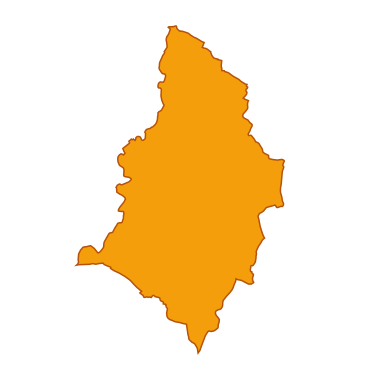 outline of Chaiyo, Ang Thong, Thailand, rotated 27°
{"feature_id": "78962969B91278990376837", "entity_name": "Chaiyo", "entity_type": "district", "adm_level": 2, "iso_a3": "THA", "parent_name": "Thailand", "parent_adm1": "Ang Thong", "projection": "natural_earth1", "projection_center": [100.458, 14.673], "detail": "fine", "context": "isolated", "style": "filled", "palette": "amber", "viewbox_px": 384, "rotation_deg": 27, "n_neighbors": 0, "source": "geoboundaries", "source_scale": "gbopen_adm2", "svg_char_len": 6063}
<svg xmlns="http://www.w3.org/2000/svg" viewBox="0 0 384 384"><g transform="rotate(27 192 192)"><path d="M277.6,200.2L275.2,198.5L271.3,194.8L268.2,191.5L263.6,185.6L262.0,184.0L261.8,183.2L261.8,181.1L262.0,180.3L263.3,178.5L264.4,176.4L265.2,172.4L265.8,171.6L271.8,166.1L272.5,166.1L274.4,167.3L275.2,167.1L277.6,164.6L279.2,163.7L279.4,162.4L279.1,161.4L278.9,160.9L276.4,158.7L274.2,155.6L271.3,152.5L270.3,151.0L268.9,147.9L267.9,144.5L263.3,133.1L263.0,131.8L262.5,128.2L262.2,127.8L261.1,127.3L260.6,126.5L260.3,124.6L260.3,123.0L260.0,122.3L259.4,122.0L257.6,122.1L256.9,122.4L253.6,124.8L249.8,126.2L246.7,127.1L245.7,127.1L244.8,126.6L244.3,126.0L243.8,124.9L243.6,124.7L243.2,124.6L239.1,124.7L237.1,124.2L236.5,123.7L236.2,123.0L234.8,121.6L229.7,118.5L228.6,118.2L226.0,118.3L223.0,116.4L219.1,114.7L218.3,114.9L217.0,115.9L216.4,115.7L215.8,114.9L215.7,114.5L215.9,111.7L215.5,108.6L215.6,106.2L215.4,105.4L215.0,104.7L214.2,104.3L212.2,104.0L209.2,102.5L205.4,102.5L204.2,102.3L203.3,101.9L202.4,100.6L202.2,99.2L203.1,95.9L203.6,92.9L203.5,91.8L201.5,88.4L200.8,86.0L200.9,85.0L197.0,85.3L195.0,85.1L196.1,81.3L196.2,80.3L196.1,79.4L195.6,78.1L194.4,77.6L193.8,76.7L193.6,75.9L193.7,75.5L194.2,74.9L194.1,73.6L194.0,73.3L193.7,73.2L192.7,73.2L192.3,72.9L192.2,71.2L190.8,71.6L189.0,71.5L185.5,71.2L182.4,70.4L176.3,70.2L170.1,69.2L166.5,69.8L165.8,69.3L163.3,70.3L162.4,68.2L161.4,67.4L160.6,65.9L158.8,61.4L154.9,62.3L154.9,61.9L151.0,62.7L150.2,62.6L147.7,61.3L145.4,59.3L145.0,58.5L143.8,58.4L141.0,57.8L139.7,57.8L138.6,57.9L137.6,58.3L135.5,58.5L135.0,53.3L132.1,53.5L126.3,53.0L123.5,53.2L119.9,52.9L117.1,52.3L115.9,52.3L110.6,53.1L109.8,53.6L108.9,53.6L108.6,54.1L108.0,54.2L105.6,53.7L103.8,52.8L103.4,51.8L102.9,51.4L102.6,51.3L102.0,51.5L100.7,52.8L100.1,53.1L100.1,53.4L96.5,55.2L96.2,55.5L96.0,56.0L98.8,56.8L99.4,61.4L99.3,63.9L99.0,65.0L99.3,65.6L99.4,66.9L100.2,68.6L102.2,71.2L103.6,73.4L104.1,74.5L103.5,79.5L104.2,79.8L104.4,81.3L104.1,82.7L104.0,83.8L104.4,91.2L104.6,92.0L105.5,94.0L106.3,96.3L107.1,97.4L110.9,99.6L112.5,99.9L113.7,99.3L114.5,99.4L115.4,100.0L116.0,101.0L116.8,105.3L116.8,106.5L116.5,107.1L116.2,107.4L113.9,108.3L113.2,109.1L113.0,110.1L113.0,111.3L113.6,113.1L114.1,114.0L114.8,114.3L115.1,114.4L116.3,113.9L117.1,113.9L118.1,114.5L120.8,120.6L123.6,124.1L126.5,126.6L127.5,127.2L127.8,127.7L127.7,129.9L127.7,132.5L127.3,133.7L126.0,135.7L125.7,136.8L126.9,139.3L127.1,140.6L127.6,141.3L128.5,143.9L128.8,145.8L128.8,147.7L128.6,148.6L128.1,150.0L127.6,151.6L126.3,153.0L126.0,154.3L124.9,155.1L123.0,157.0L122.7,159.3L122.8,160.1L124.0,160.9L124.4,161.9L125.1,163.2L125.4,164.2L126.0,165.3L126.0,166.0L125.1,168.0L124.8,168.3L123.9,168.5L123.1,168.2L121.9,167.1L120.8,166.5L120.0,166.5L118.3,167.2L117.7,168.1L117.4,169.1L117.9,170.6L117.8,172.0L115.7,171.4L115.0,172.6L113.9,172.4L113.6,173.6L112.8,174.9L112.8,175.4L112.9,175.7L114.1,176.5L114.1,176.9L110.6,184.6L112.7,186.5L114.6,187.7L114.7,187.9L114.2,190.0L113.3,189.9L112.9,190.2L112.2,190.0L111.4,190.2L111.2,190.8L110.7,191.4L110.4,192.3L110.2,194.3L110.3,194.9L111.2,196.9L112.4,198.7L114.8,200.8L115.8,201.2L119.6,201.6L120.7,202.4L121.6,203.6L123.5,208.0L124.0,208.6L124.3,208.7L125.3,208.7L126.9,208.3L128.4,207.7L129.1,207.6L131.1,207.6L131.7,207.9L132.1,208.2L132.1,209.0L131.2,211.6L127.2,216.3L126.0,217.6L125.1,217.8L124.1,217.6L123.1,218.6L122.4,219.9L122.2,222.4L122.7,222.6L123.3,223.2L125.0,226.2L128.4,226.7L130.7,226.6L132.7,226.9L134.8,227.5L136.0,228.6L135.8,229.5L136.0,230.8L135.9,231.9L134.6,238.3L134.5,240.7L134.7,241.9L135.1,242.3L136.1,242.1L138.4,241.2L139.4,240.6L139.7,240.6L140.5,241.2L140.8,241.6L141.5,243.2L141.7,244.5L142.3,245.4L142.8,246.6L143.2,249.0L143.4,250.7L143.2,251.3L142.9,251.6L141.3,252.3L140.0,253.8L140.0,255.6L139.6,259.3L139.6,263.7L139.1,264.5L137.4,265.8L137.0,266.5L136.9,267.1L136.5,276.1L136.9,278.0L138.0,280.6L138.3,281.6L137.8,284.7L137.1,287.4L136.3,288.7L135.5,288.9L130.7,286.7L129.3,286.4L126.1,285.9L125.7,286.1L122.6,288.8L120.9,289.9L120.0,290.7L119.1,294.3L119.1,298.6L121.2,303.8L122.6,305.9L122.8,306.4L122.9,307.9L122.3,309.6L124.1,308.2L133.6,302.9L135.6,301.2L136.7,300.7L139.1,300.0L141.6,298.0L145.0,295.8L146.7,296.5L148.8,296.4L153.7,295.9L153.9,296.1L154.1,297.1L158.1,297.5L164.5,297.3L170.8,297.7L175.8,298.5L177.9,299.0L182.2,300.7L186.8,302.2L187.7,302.3L190.2,303.0L192.2,303.3L191.4,305.6L193.8,306.2L195.1,306.2L196.7,307.5L197.2,307.6L197.7,307.4L199.0,306.2L200.7,305.7L202.0,304.8L203.5,304.6L203.7,304.2L203.8,302.8L204.2,302.0L204.8,301.6L205.2,301.5L206.7,302.0L210.2,301.1L211.4,301.1L212.8,302.8L213.4,303.1L214.6,303.2L215.4,303.0L216.2,303.1L216.7,303.6L217.2,304.8L219.3,304.1L219.8,304.1L220.0,304.9L220.6,305.2L221.5,306.4L222.9,306.9L223.3,307.6L224.3,311.3L226.1,314.0L226.6,314.5L228.1,315.4L229.7,315.7L230.8,315.7L233.9,315.3L235.2,315.4L240.3,313.9L244.0,313.2L247.1,312.3L253.1,320.8L254.7,322.5L255.7,324.2L256.8,324.9L258.4,325.4L260.3,325.9L262.9,325.9L264.2,326.5L267.4,328.6L268.2,329.5L270.5,332.7L271.0,329.8L270.4,325.5L269.2,314.6L269.2,312.9L269.5,309.6L269.8,308.8L270.2,308.2L270.6,308.0L272.2,307.7L274.2,306.2L275.0,305.2L276.0,303.3L276.7,301.5L276.6,300.5L275.7,298.6L275.2,295.7L274.3,293.3L272.2,292.0L270.0,291.2L268.9,290.4L267.9,289.4L267.4,288.1L267.4,287.3L267.7,286.6L269.1,284.7L270.2,283.9L270.7,283.2L270.9,282.5L271.1,281.1L270.8,279.2L269.5,276.4L269.1,274.8L269.1,274.1L270.1,269.1L271.4,264.4L272.0,261.5L272.1,258.9L271.6,255.1L271.4,251.8L271.3,251.3L270.7,249.9L270.6,249.3L272.4,249.4L275.4,248.5L276.4,248.3L284.0,248.4L286.8,247.0L287.0,246.4L287.8,245.3L288.0,244.5L287.8,244.3L286.6,243.7L286.5,243.4L285.5,242.2L284.8,240.7L284.8,239.7L284.1,237.5L282.3,237.0L281.4,235.9L280.7,236.2L280.3,236.1L279.4,235.1L279.1,234.5L278.6,232.5L278.1,231.6L278.1,231.1L278.2,230.8L279.4,230.2L279.7,229.6L280.1,227.5L280.2,225.6L278.9,221.5L278.2,220.3L277.6,218.0L276.4,216.2L276.1,215.3L275.9,210.2L276.4,206.2L276.5,203.1L276.9,201.6L277.6,200.2Z" fill="#f59e0b" stroke="#b45309" stroke-width="1.5"/></g></svg>